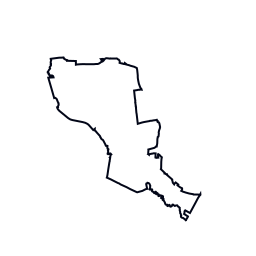 Corlateni, Botosani, Romania (orthographic projection), rotated 40°
{"feature_id": "2599482B71395956274801", "entity_name": "Corlateni", "entity_type": "district", "adm_level": 2, "iso_a3": "ROU", "parent_name": "Romania", "parent_adm1": "Botosani", "projection": "orthographic", "projection_center": [26.616, 47.942], "detail": "fine", "context": "isolated", "style": "outline", "palette": "ink", "viewbox_px": 256, "rotation_deg": 40, "n_neighbors": 0, "source": "geoboundaries", "source_scale": "gbopen_adm2", "svg_char_len": 5904}
<svg xmlns="http://www.w3.org/2000/svg" viewBox="0 0 256 256"><g transform="rotate(40 128 128)"><path d="M176.8,170.7L179.4,167.0L180.2,165.1L180.6,164.1L181.1,163.1L181.8,162.3L178.1,159.4L177.8,158.8L178.2,158.3L178.1,157.5L179.1,157.0L180.0,156.9L180.6,157.1L182.3,158.0L182.8,159.0L183.2,159.4L183.6,159.7L183.7,160.8L183.8,161.1L184.1,161.2L184.5,160.8L185.4,160.3L185.6,159.8L185.8,159.6L186.2,159.7L186.5,160.0L186.5,160.7L186.8,160.9L187.6,161.0L188.4,160.7L188.8,160.6L189.6,161.0L190.0,161.0L190.8,160.3L190.8,160.2L190.1,159.7L190.0,159.2L190.3,159.0L190.7,159.1L191.0,159.5L191.1,159.8L191.4,160.3L191.6,160.5L192.1,160.5L192.1,160.2L192.3,159.8L192.4,159.4L192.5,159.1L193.1,159.5L193.6,159.6L193.8,159.6L193.9,159.2L194.2,159.1L194.4,159.2L194.5,159.3L194.5,160.2L194.6,160.3L194.9,160.5L195.2,160.5L195.5,160.2L195.8,159.6L195.9,158.9L196.1,158.7L197.0,158.3L197.2,158.8L197.5,158.8L197.7,158.7L198.0,158.0L198.5,157.8L198.8,157.9L199.4,158.6L199.3,159.5L198.7,159.5L198.2,160.0L198.3,160.3L198.9,160.2L199.9,159.7L200.9,159.5L201.0,159.6L201.0,159.8L200.5,160.3L200.6,160.6L200.8,160.8L202.4,160.7L204.2,161.4L205.0,162.0L206.0,162.4L206.6,162.2L207.0,162.0L207.3,161.6L207.7,161.4L207.9,161.6L208.0,162.2L208.4,162.4L208.7,162.2L208.8,161.6L209.2,160.9L209.3,160.3L209.6,160.3L210.2,160.8L210.7,161.0L211.0,161.0L211.4,160.6L211.7,159.8L211.7,158.8L211.4,158.5L211.3,158.3L211.6,157.8L212.2,157.7L213.6,157.7L214.0,157.6L214.6,156.4L215.5,155.6L216.8,156.0L218.1,155.8L218.9,155.9L219.0,156.3L219.7,156.7L220.0,157.2L220.3,157.3L220.6,157.9L221.9,158.7L222.6,159.6L223.0,159.8L223.7,159.9L224.3,160.5L225.0,160.8L225.1,161.4L225.7,162.0L226.3,162.1L227.1,162.0L228.0,161.5L230.0,161.4L230.9,161.4L231.5,161.6L231.7,161.3L231.4,160.6L231.1,158.4L230.9,157.7L230.9,157.4L230.8,157.2L226.2,157.8L226.1,157.2L225.6,156.4L225.2,156.0L224.8,155.3L224.8,154.3L230.1,153.3L229.8,151.8L227.7,141.6L226.6,136.5L226.5,135.4L226.3,134.2L226.4,133.3L226.4,132.6L225.9,132.1L226.0,132.6L225.5,133.1L220.9,136.9L220.5,136.8L217.1,138.8L213.8,140.3L211.1,141.4L209.2,141.9L209.0,140.4L208.6,139.8L208.1,139.4L206.2,139.9L202.9,140.1L202.8,139.0L199.5,139.1L199.4,139.9L199.4,140.2L199.3,140.6L199.5,141.0L199.6,141.5L197.5,141.1L196.1,140.0L195.0,139.4L194.9,139.0L188.2,138.9L188.0,138.5L187.6,138.3L187.2,138.5L186.7,139.0L185.5,139.2L185.3,139.3L185.2,138.8L179.6,138.4L179.4,137.7L175.2,132.5L173.7,130.4L173.0,129.3L173.0,129.0L172.5,128.6L171.1,128.7L169.6,128.4L167.9,128.6L167.9,128.8L168.4,129.5L170.2,131.2L168.8,132.2L169.0,132.5L168.1,133.0L167.6,132.6L167.2,131.8L166.7,131.3L165.5,129.7L163.8,131.0L163.3,131.8L162.6,132.5L162.3,133.0L161.6,133.7L161.4,134.1L161.4,134.5L161.1,134.6L161.3,135.0L161.0,135.0L160.9,134.6L160.1,135.0L160.0,134.6L159.2,133.7L158.0,132.0L157.4,131.4L161.0,126.2L161.2,125.3L161.4,124.8L161.3,124.4L161.5,124.3L161.6,123.7L161.8,123.6L160.3,121.0L158.9,119.2L158.1,118.2L157.5,117.4L156.8,116.0L156.6,115.9L156.6,115.5L156.8,115.0L156.7,114.7L155.2,112.4L154.5,111.8L154.2,111.5L154.1,111.2L153.3,109.7L152.6,107.7L152.2,107.2L152.1,106.8L151.6,106.3L148.9,104.2L148.5,104.1L148.1,103.9L147.8,104.1L146.9,104.3L146.3,103.5L145.9,103.5L145.6,103.7L145.2,103.4L144.8,103.2L144.1,104.2L142.5,105.9L141.6,107.1L140.3,108.3L140.1,108.6L140.0,108.9L138.4,110.8L136.4,113.2L135.0,115.1L132.8,118.5L125.6,111.7L124.6,110.9L122.0,108.3L121.5,107.8L121.2,107.4L120.2,106.6L120.3,106.5L117.6,104.2L117.5,103.9L117.0,103.7L116.9,103.4L116.1,102.6L116.0,102.3L114.1,100.7L108.6,95.4L110.7,93.0L111.3,92.1L112.1,91.5L112.9,90.5L113.8,89.9L113.0,89.4L111.9,89.3L111.4,89.1L108.0,87.2L105.8,85.5L103.9,83.9L102.6,82.6L102.0,81.8L100.4,80.2L97.7,77.6L96.2,76.4L93.4,77.1L89.7,78.8L88.7,79.1L85.3,80.7L85.1,80.2L83.8,80.3L84.2,81.1L84.0,81.4L83.1,82.0L82.3,82.1L81.9,82.5L79.7,83.5L78.8,82.2L78.2,81.9L76.9,81.6L76.0,81.9L74.8,81.9L70.5,85.6L70.1,85.8L69.7,86.1L69.7,86.3L69.3,86.7L67.9,87.5L66.5,88.5L66.0,89.3L65.9,89.6L65.9,90.7L66.0,92.0L65.9,92.6L65.2,92.1L64.4,91.2L64.0,91.5L63.0,92.6L63.5,92.7L64.2,93.1L65.2,94.3L64.9,95.2L64.7,96.1L64.2,97.6L63.5,98.6L62.2,99.7L60.7,101.2L55.6,105.5L53.3,107.3L51.0,109.3L48.2,112.0L47.4,113.0L45.0,110.2L38.1,115.7L37.7,115.1L36.8,115.6L35.4,115.9L34.6,115.8L34.2,116.0L33.6,115.5L33.3,115.4L32.1,116.6L31.7,117.0L30.7,117.8L29.7,118.8L24.3,124.7L24.6,125.0L25.3,125.3L25.7,125.6L25.9,126.3L26.5,127.3L26.8,127.7L27.7,128.2L27.8,128.4L27.6,128.5L27.7,128.8L28.1,128.8L28.6,129.3L28.8,130.0L28.8,130.3L28.9,130.9L28.9,131.6L29.2,132.1L30.1,132.5L30.2,133.3L30.1,133.9L30.2,134.5L30.5,135.9L30.4,136.5L30.6,136.9L31.0,137.2L32.3,137.0L32.5,137.6L32.8,137.9L33.1,137.9L33.3,138.0L34.3,137.7L34.6,138.3L34.8,138.5L35.3,138.2L35.2,138.0L35.3,137.2L36.2,136.5L37.2,136.4L37.7,136.6L38.4,137.1L34.6,140.7L43.9,146.9L52.2,152.5L52.6,151.8L52.8,151.7L53.9,151.6L54.9,151.7L57.4,153.1L58.8,153.6L58.8,153.9L58.9,154.0L60.0,154.8L60.2,155.4L60.3,156.0L60.5,156.5L61.0,157.0L60.4,157.7L61.3,158.3L62.4,158.7L64.3,159.0L75.5,158.9L77.2,158.7L78.3,158.5L80.2,157.7L89.5,152.6L91.9,151.5L94.4,150.9L96.0,150.9L102.7,151.9L103.1,150.0L103.9,151.0L104.5,151.3L104.9,151.2L105.9,151.2L106.1,151.4L111.8,152.2L112.5,152.7L112.8,152.9L113.2,152.8L114.2,153.4L115.3,153.5L116.0,153.3L116.5,153.3L117.2,153.5L121.1,155.1L122.3,155.8L122.8,155.8L123.1,155.5L123.3,155.1L123.8,154.9L123.9,155.0L124.2,155.6L124.8,156.3L125.0,156.4L125.5,156.9L126.0,157.1L126.5,156.8L126.8,157.0L127.1,157.7L127.2,158.3L128.3,159.1L128.5,159.5L128.6,160.3L129.0,160.9L129.4,160.9L130.0,160.4L130.5,159.8L130.5,159.2L130.7,158.9L131.1,158.8L132.2,159.0L132.0,159.9L133.0,161.6L133.0,162.3L133.5,162.3L135.1,165.0L135.4,165.3L135.6,165.9L139.3,172.1L142.4,177.1L143.2,178.6L143.6,179.2L143.7,179.6L147.9,178.4L151.0,177.7L155.7,176.6L156.7,176.2L158.6,176.0L165.0,174.2L168.9,173.4L176.0,171.5L176.4,171.3L176.8,170.7Z" fill="none" stroke="#020617" stroke-width="2"/></g></svg>